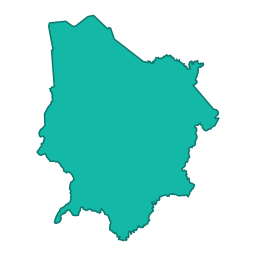 outline of Catacamas, Olancho, Honduras
{"feature_id": "27666195B98073695243909", "entity_name": "Catacamas", "entity_type": "district", "adm_level": 2, "iso_a3": "HND", "parent_name": "Honduras", "parent_adm1": "Olancho", "projection": "natural_earth1", "projection_center": [-85.508, 14.563], "detail": "fine", "context": "isolated", "style": "filled", "palette": "teal", "viewbox_px": 256, "rotation_deg": 0, "n_neighbors": 0, "source": "geoboundaries", "source_scale": "gbopen_adm2", "svg_char_len": 5808}
<svg xmlns="http://www.w3.org/2000/svg" viewBox="0 0 256 256"><path d="M117.1,236.6L117.7,236.9L119.9,236.7L119.8,237.4L118.9,238.2L118.6,239.2L118.7,239.5L119.5,239.3L123.5,240.6L124.9,239.8L126.3,240.3L126.9,239.5L126.1,237.9L126.3,237.4L126.8,237.1L128.3,237.5L128.7,236.9L128.9,235.9L128.4,233.5L128.6,231.9L129.1,231.3L130.2,231.7L130.6,233.8L131.2,234.0L131.7,233.0L131.2,231.9L131.4,231.4L133.2,231.2L133.5,232.2L134.1,232.3L134.2,230.1L134.7,229.9L135.8,230.4L136.4,230.2L137.3,228.0L138.1,227.4L138.2,226.3L138.5,225.8L139.1,225.9L139.8,227.1L140.5,227.5L143.0,227.4L143.4,226.9L143.4,225.8L144.0,225.2L144.9,225.6L146.3,224.0L147.8,223.8L147.9,221.5L149.2,221.0L149.6,220.2L148.5,218.9L149.0,216.8L148.9,215.3L150.3,214.2L151.0,212.9L151.9,212.3L152.1,211.6L153.0,211.3L153.3,210.7L153.1,209.9L152.1,208.3L152.4,207.8L153.5,207.6L153.5,206.3L152.9,205.3L153.2,203.7L151.9,203.2L151.7,202.6L152.7,201.8L154.3,201.8L154.7,202.6L154.4,204.2L155.0,204.6L155.8,204.3L156.4,203.3L156.9,201.3L156.8,200.3L159.1,200.2L159.6,199.7L159.4,197.2L159.8,196.5L161.1,196.8L161.7,196.1L165.3,194.9L166.4,195.2L167.2,196.1L167.9,196.3L169.1,196.0L169.4,194.8L170.1,194.0L172.6,194.3L172.9,193.7L174.3,194.5L175.7,194.3L178.4,195.8L180.0,195.6L180.9,195.8L182.1,195.2L184.2,195.6L185.7,194.7L188.1,196.6L189.3,194.5L190.1,191.7L191.5,190.4L192.1,189.0L193.4,188.1L193.5,187.2L194.4,185.8L194.3,184.8L192.6,183.7L190.7,183.0L189.4,182.0L189.0,178.3L188.5,178.3L187.7,179.2L187.1,179.1L187.1,177.5L186.7,176.1L186.0,175.3L186.9,174.2L186.1,173.1L186.4,171.3L184.4,170.2L182.5,170.7L181.8,169.1L182.1,168.5L184.7,166.5L185.4,164.5L185.5,162.2L186.0,161.8L187.2,162.1L187.9,160.4L188.0,158.4L189.4,157.5L189.4,156.1L188.5,153.2L189.4,150.8L188.6,149.5L188.9,148.7L190.6,147.1L192.1,147.5L192.5,146.0L194.3,145.7L195.1,144.8L195.4,141.1L197.0,137.8L196.8,136.2L195.5,132.4L196.8,130.7L196.5,128.5L196.2,127.8L195.2,127.8L194.8,127.3L194.7,126.4L195.9,125.3L197.8,125.4L199.4,123.6L200.2,123.3L200.4,124.7L202.0,125.4L202.7,128.1L203.5,129.2L204.9,130.5L206.8,130.6L209.1,129.0L210.6,129.0L211.9,127.1L214.8,125.7L218.8,118.3L218.6,118.0L215.6,118.5L214.8,117.9L216.6,115.6L217.9,114.8L217.9,113.8L218.4,113.2L218.2,112.1L217.4,110.8L216.3,109.8L213.4,109.1L193.1,85.2L194.2,84.6L195.0,84.5L195.6,83.6L196.5,83.3L196.9,82.7L197.0,82.0L196.5,80.6L195.6,80.3L195.4,80.0L196.3,77.4L197.2,75.8L197.1,74.8L197.4,73.8L198.0,73.2L197.8,72.5L198.3,70.3L198.2,68.7L198.6,67.5L199.1,66.9L200.5,67.3L201.3,66.9L201.7,66.1L203.0,65.7L203.5,64.6L203.3,63.3L203.0,63.2L202.7,64.1L200.9,63.2L200.3,63.6L200.1,64.3L199.6,63.7L198.7,63.5L197.6,62.0L197.7,60.9L196.9,60.9L195.4,61.7L194.8,61.3L193.6,62.4L193.3,63.9L192.2,64.2L191.9,63.7L192.3,62.0L191.7,61.3L190.7,61.4L189.8,62.1L189.3,63.0L189.4,63.9L188.9,64.5L189.7,66.3L189.2,66.7L190.1,68.0L189.9,68.9L189.5,68.7L187.4,69.2L186.6,66.7L185.8,66.3L185.3,66.4L185.0,65.9L184.6,66.5L184.3,66.2L183.7,64.9L184.1,63.9L183.2,64.0L181.6,63.1L180.5,61.9L179.4,61.7L179.1,60.9L179.3,60.0L178.1,60.7L177.4,60.5L177.0,59.8L176.8,60.8L176.3,60.4L175.2,60.5L174.5,59.8L174.2,58.8L172.9,57.9L172.9,57.4L171.7,57.5L171.5,56.3L170.6,56.0L170.3,55.3L168.0,56.1L166.7,54.8L164.6,56.6L164.0,56.3L163.2,57.5L162.4,57.6L161.5,58.7L160.7,58.3L160.2,58.5L158.8,58.2L158.4,57.7L158.1,58.0L156.3,57.5L156.1,58.1L155.5,58.5L155.0,60.3L154.4,60.4L154.3,60.9L153.0,61.6L153.2,61.9L152.8,62.1L153.6,62.8L153.0,63.2L152.2,63.4L151.7,62.8L150.9,63.1L150.1,61.5L149.6,61.8L148.2,61.0L148.0,62.4L147.7,62.7L146.1,62.0L143.5,61.7L114.9,39.6L114.1,38.7L110.6,28.2L108.7,27.7L108.1,28.6L107.3,28.6L93.5,15.4L87.9,16.6L75.3,26.3L73.6,26.4L72.1,25.9L65.8,21.3L49.5,23.0L48.7,26.3L53.1,50.0L52.2,50.6L51.6,50.4L54.2,85.5L53.8,87.0L51.9,87.0L51.3,88.0L49.8,88.9L50.6,89.8L50.4,91.1L51.5,92.0L51.6,92.8L52.0,93.0L51.8,94.1L52.6,95.9L52.3,96.2L52.3,98.8L52.8,100.4L51.4,101.6L50.8,103.9L47.8,107.6L44.5,113.9L45.0,125.2L42.7,128.0L40.4,129.7L39.9,131.4L39.5,131.5L39.0,133.5L39.5,135.6L40.5,136.9L42.7,136.1L44.4,137.5L44.5,138.3L43.9,139.6L43.6,141.6L43.0,143.1L42.4,143.1L41.2,144.0L41.2,144.4L41.9,145.1L41.7,145.8L40.0,147.7L39.1,149.7L37.5,151.1L37.2,152.4L38.1,153.1L39.0,154.6L41.0,155.3L45.2,153.6L45.9,154.6L46.7,157.1L47.6,157.7L48.3,159.1L49.2,159.6L49.6,160.8L50.2,161.3L54.1,161.2L55.7,161.8L57.5,161.8L58.7,162.6L59.3,163.4L60.6,164.3L60.7,165.8L63.0,167.9L63.8,170.0L63.8,171.2L65.8,172.1L66.6,172.9L67.5,171.9L69.1,172.1L71.6,174.0L73.6,177.8L73.8,179.6L71.6,182.1L70.9,182.2L70.5,183.7L70.7,184.0L69.9,185.1L70.3,186.0L70.2,186.8L69.7,187.0L69.9,188.1L69.5,188.9L71.0,190.7L70.2,193.0L70.7,193.6L71.4,196.0L70.8,196.6L70.6,197.5L71.0,198.9L70.3,201.4L69.5,202.6L68.2,203.3L67.6,204.5L66.2,204.3L65.3,205.9L64.7,206.0L63.6,207.3L63.1,207.2L62.4,207.9L61.2,208.1L60.4,208.9L59.7,210.4L59.9,211.4L58.6,212.0L57.4,214.2L57.6,214.6L56.6,215.7L55.1,219.6L55.0,220.9L54.4,222.0L55.1,223.1L56.4,223.3L57.7,222.6L58.3,222.7L60.2,221.2L61.1,218.7L61.0,217.6L60.4,216.4L61.2,215.1L62.0,214.3L65.1,213.1L65.3,212.4L65.8,212.2L65.8,211.4L66.5,210.8L66.9,210.9L67.5,210.2L69.6,210.0L70.0,210.4L70.2,211.4L71.8,213.0L72.1,214.3L73.1,215.2L75.4,215.6L78.4,215.2L79.3,211.6L80.1,210.8L80.6,207.8L81.0,207.4L82.3,207.0L83.1,207.7L83.0,208.6L83.5,209.2L85.2,209.8L86.0,210.4L87.3,210.1L88.3,209.3L88.8,209.5L90.7,209.2L91.9,210.9L92.8,210.5L94.4,211.2L95.5,210.7L97.0,212.1L98.5,212.4L99.5,213.1L100.8,212.2L100.3,211.3L100.2,210.6L101.2,209.7L101.4,209.0L101.9,208.8L102.3,210.0L104.3,212.1L104.8,214.2L107.0,214.9L108.2,215.7L108.8,217.9L109.4,218.5L109.7,220.5L110.7,221.5L110.7,224.0L110.0,224.3L110.1,225.7L109.7,226.6L110.0,227.6L109.6,229.0L109.8,229.8L110.6,230.5L111.4,230.4L112.9,232.2L113.9,232.7L114.3,233.3L115.6,232.6L115.9,233.5L117.2,235.1L117.1,236.6Z" fill="#14b8a6" stroke="#0f766e" stroke-width="1.5"/></svg>